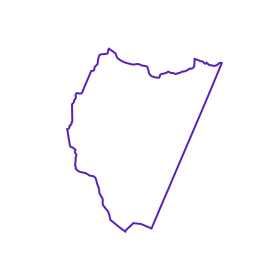 outline of Mojuí dos Campos, Pará, Brazil, rotated 203°
{"feature_id": "56859067B52819076626777", "entity_name": "Mojuí dos Campos", "entity_type": "district", "adm_level": 2, "iso_a3": "BRA", "parent_name": "Brazil", "parent_adm1": "Pará", "projection": "orthographic", "projection_center": [-54.48, -3.076], "detail": "fine", "context": "isolated", "style": "outline", "palette": "violet", "viewbox_px": 256, "rotation_deg": 203, "n_neighbors": 0, "source": "geoboundaries", "source_scale": "gbopen_adm2", "svg_char_len": 3949}
<svg xmlns="http://www.w3.org/2000/svg" viewBox="0 0 256 256"><g transform="rotate(203 128 128)"><path d="M67.0,224.4L68.3,224.2L69.0,223.7L69.4,223.2L70.2,221.5L71.2,220.2L72.7,218.9L73.2,218.6L74.1,218.6L74.9,218.5L75.8,218.2L76.7,218.0L77.6,217.7L78.2,217.8L79.3,218.1L80.3,218.6L81.3,218.8L81.7,217.5L82.7,217.3L83.5,217.6L84.1,218.1L85.5,218.3L86.3,218.1L87.2,217.9L88.3,217.9L89.2,217.9L91.4,217.9L92.3,217.8L93.7,217.6L93.2,216.5L93.0,215.8L92.0,213.3L91.2,210.6L91.2,209.8L92.1,208.0L93.1,207.4L93.6,207.1L94.6,206.6L95.1,205.7L95.6,204.8L96.5,203.8L97.4,202.7L98.0,202.3L99.1,201.7L100.3,200.9L100.7,200.4L101.6,199.2L102.1,198.8L103.5,198.0L104.0,197.2L104.5,196.9L105.3,196.3L106.6,196.2L107.6,196.3L108.3,196.1L109.1,195.7L109.9,195.4L111.8,195.6L113.1,195.5L113.9,194.2L114.7,193.4L115.2,193.0L116.5,192.0L117.3,191.4L118.5,190.6L119.1,189.8L119.2,188.8L118.8,187.6L118.9,186.8L119.3,186.3L120.1,186.1L121.7,185.4L122.5,185.3L124.0,185.1L125.3,185.0L126.3,185.0L127.2,185.1L127.8,185.3L128.9,185.8L129.5,186.3L130.4,187.1L130.9,187.7L131.4,188.6L132.1,189.7L133.2,190.6L133.7,191.4L134.2,191.9L134.8,192.1L136.3,191.7L137.1,191.6L137.8,191.5L138.8,191.1L139.7,191.1L140.6,190.9L141.4,190.9L142.5,191.2L143.7,190.7L144.4,190.4L145.5,190.0L147.1,188.8L147.7,188.5L148.6,188.4L149.5,188.1L151.1,187.8L152.2,187.7L153.5,187.4L154.3,187.4L155.9,187.1L159.7,187.2L160.5,187.3L161.9,187.5L163.6,187.9L164.5,188.1L165.3,188.5L166.1,189.1L166.5,189.5L167.5,190.6L168.5,191.5L169.2,192.0L170.2,192.2L171.4,192.5L172.5,192.7L173.6,192.9L174.2,193.1L175.3,193.3L176.6,193.5L176.6,192.9L176.6,192.0L176.2,190.7L176.1,190.1L176.0,189.4L176.0,188.6L176.6,188.1L177.3,187.6L177.8,187.3L178.8,186.8L179.4,186.4L180.3,186.0L181.3,185.4L181.9,185.0L182.4,184.6L182.7,184.1L182.7,183.4L182.7,181.8L182.4,179.8L182.0,178.3L181.8,177.3L181.4,176.4L181.2,175.6L181.0,175.0L181.8,172.9L182.1,172.3L182.3,171.6L182.4,171.0L182.4,170.4L182.2,169.6L182.0,169.0L181.9,168.2L182.1,167.6L182.5,167.0L183.3,166.6L184.1,166.2L184.2,145.9L184.1,145.1L184.1,144.5L184.0,143.8L184.0,143.1L184.2,142.2L184.5,141.5L185.4,141.2L186.1,140.8L186.8,140.5L187.7,140.5L188.7,140.1L189.2,139.5L189.2,138.8L189.0,138.0L189.0,137.4L188.7,136.8L188.1,136.2L187.8,135.3L188.0,134.1L188.2,133.3L188.2,132.7L188.4,132.1L188.0,131.2L187.9,130.5L188.1,129.8L188.4,129.1L188.5,128.5L188.8,128.0L181.8,112.2L182.2,111.3L181.8,110.6L181.6,109.7L181.9,108.9L182.2,108.4L182.0,107.7L182.4,107.2L182.6,106.5L182.2,105.7L182.2,104.8L182.4,104.2L182.7,103.6L183.5,103.2L174.9,89.6L174.4,89.1L173.9,88.6L173.5,88.3L172.7,88.2L171.7,88.5L170.9,88.3L169.8,87.9L168.7,87.8L167.9,87.6L167.7,87.0L167.8,86.1L167.6,85.2L167.0,84.5L165.2,83.4L164.8,82.5L164.6,81.7L164.7,80.8L164.7,80.2L164.4,79.7L164.2,79.2L164.0,78.6L163.7,77.9L163.2,77.1L163.1,76.3L163.0,75.4L162.6,74.6L162.2,73.9L162.1,72.8L161.5,72.1L160.9,71.6L160.5,71.2L160.5,70.4L158.5,69.4L157.1,69.0L155.9,68.8L154.7,68.9L153.9,69.0L152.1,69.4L151.0,69.6L149.8,69.9L148.5,69.9L147.3,69.7L146.3,69.5L145.3,69.2L144.4,69.3L143.2,69.6L142.5,69.8L141.4,70.0L140.4,70.0L139.7,69.8L138.6,69.4L138.0,68.9L137.3,68.1L136.8,67.4L136.3,66.9L135.3,65.6L134.9,65.0L134.4,64.3L133.9,63.8L133.1,63.1L132.2,62.2L131.8,61.6L131.3,61.1L130.8,60.3L130.3,59.6L129.7,58.5L129.4,57.7L129.0,57.2L128.6,56.7L128.0,56.1L127.0,55.4L126.4,54.9L125.8,54.6L125.1,54.1L124.4,53.5L123.9,53.0L123.2,52.1L122.8,51.1L122.5,50.0L122.0,49.0L121.5,48.2L121.1,47.7L120.6,47.0L119.9,46.7L119.3,46.4L118.5,45.9L117.6,45.4L117.0,45.1L115.9,44.5L114.8,44.0L113.7,43.2L113.1,42.6L112.4,41.9L111.3,40.8L110.8,40.1L110.2,39.1L109.6,38.4L109.0,37.6L108.7,36.6L103.0,35.0L99.2,33.9L98.3,33.6L97.6,33.4L90.0,31.6L90.0,32.6L89.9,33.3L88.5,36.6L87.9,37.8L87.2,39.5L85.9,42.5L81.9,43.7L78.4,44.7L67.1,44.7L67.1,45.3L67.1,48.6L67.1,67.7L67.1,68.5L67.0,97.4L67.0,98.6L67.0,103.4L67.0,108.8L66.8,169.5L66.8,188.7L66.9,207.5L67.0,224.4Z" fill="none" stroke="#5b21b6" stroke-width="2"/></g></svg>